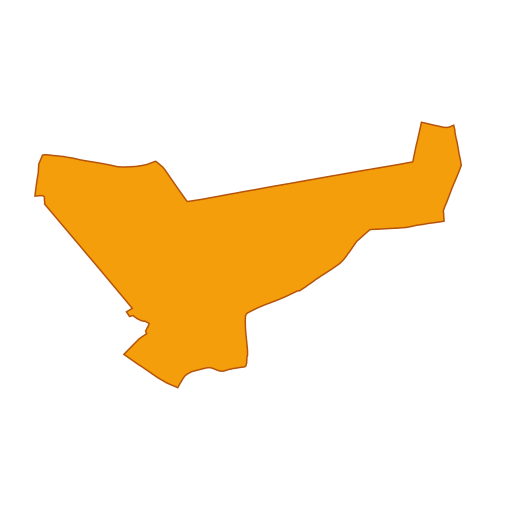 outline of Tan Chau, An Giang, Vietnam, rotated 84°
{"feature_id": "81297802B24408052099516", "entity_name": "Tan Chau", "entity_type": "district", "adm_level": 2, "iso_a3": "VNM", "parent_name": "Vietnam", "parent_adm1": "An Giang", "projection": "robinson", "projection_center": [105.189, 10.814], "detail": "fine", "context": "isolated", "style": "filled", "palette": "amber", "viewbox_px": 512, "rotation_deg": 84, "n_neighbors": 0, "source": "geoboundaries", "source_scale": "gbopen_adm2", "svg_char_len": 3219}
<svg xmlns="http://www.w3.org/2000/svg" viewBox="0 0 512 512"><g transform="rotate(84 256 256)"><path d="M133.4,457.8L142.0,462.5L150.2,463.8L158.2,466.0L166.3,468.0L173.3,469.6L173.5,462.5L173.7,462.1L174.3,461.1L174.6,460.8L175.3,460.3L176.0,460.3L177.2,460.5L178.4,460.6L180.8,460.5L181.9,460.8L182.6,460.6L205.8,444.8L222.3,433.6L257.1,410.0L295.1,384.5L298.0,390.7L302.9,388.1L303.0,387.9L302.5,385.6L302.4,384.8L302.4,384.4L303.5,383.4L305.0,381.7L305.8,380.9L307.3,378.5L308.3,376.9L308.7,375.6L309.2,374.3L309.1,373.7L309.3,373.1L310.6,371.3L311.7,369.6L311.9,369.4L312.4,369.4L313.8,370.2L314.3,370.6L314.7,370.8L315.3,371.0L315.6,371.0L315.8,371.3L316.0,371.7L316.3,372.0L317.1,372.3L317.9,372.8L318.4,373.2L318.8,373.6L319.9,373.5L320.4,373.3L321.8,372.8L325.0,378.9L326.2,380.9L331.1,386.9L340.0,397.7L351.3,384.7L353.4,382.1L353.8,381.5L366.6,366.6L373.1,357.8L378.2,348.6L378.8,347.6L377.4,346.7L374.9,344.9L373.0,343.5L370.1,341.3L368.0,339.4L366.3,336.9L364.3,332.1L363.3,325.4L362.1,317.0L362.1,314.0L363.0,311.2L364.6,308.1L366.5,304.5L367.0,301.6L367.0,299.7L365.9,294.4L365.9,292.6L365.5,290.4L365.5,288.3L365.2,283.8L365.1,279.6L364.7,278.1L363.9,277.4L363.5,277.3L362.2,276.9L361.5,276.4L359.4,276.3L358.5,275.9L357.3,275.9L356.7,275.8L356.3,275.8L353.8,274.8L349.0,274.3L339.6,274.2L331.5,274.2L328.4,274.1L324.6,273.9L318.9,273.4L314.5,272.7L312.6,271.6L311.7,270.2L310.6,267.5L307.7,259.7L305.5,252.4L302.0,239.1L299.8,231.9L299.5,230.9L295.1,218.5L295.1,216.2L291.6,209.4L290.7,208.0L287.6,202.3L285.9,199.5L283.4,194.6L282.6,193.3L280.4,188.8L279.7,187.5L276.5,181.2L274.0,176.7L272.0,173.2L268.6,169.1L265.0,165.6L263.7,164.7L261.5,162.5L257.4,159.0L251.7,154.1L250.7,152.5L249.3,150.6L245.8,145.8L241.7,139.9L241.7,138.4L241.7,138.2L242.1,131.6L242.4,124.8L242.7,118.5L243.1,111.9L243.1,109.4L243.3,104.3L243.1,100.8L242.7,96.6L242.3,93.9L242.1,89.9L242.1,87.3L241.7,82.5L241.6,80.3L241.5,75.0L241.4,73.2L241.2,67.6L241.0,65.3L230.4,64.9L226.3,62.9L222.4,60.7L211.5,55.2L208.1,53.5L197.1,47.4L193.1,45.3L187.4,42.4L181.4,42.7L176.4,43.3L167.0,43.9L163.9,44.1L159.8,44.7L156.4,45.0L153.7,45.2L150.8,45.1L149.3,45.4L146.6,45.7L147.1,47.5L147.8,49.4L148.0,50.6L148.1,52.3L148.0,53.5L147.7,55.6L146.3,59.8L144.2,66.2L143.0,69.6L141.4,74.2L140.3,77.5L146.2,79.4L150.9,81.0L158.9,83.7L160.7,84.4L163.9,85.5L166.4,86.3L178.4,90.1L178.8,90.6L179.9,104.5L182.4,144.4L188.2,226.9L188.4,230.6L188.6,232.9L188.9,237.2L189.2,240.6L189.4,243.5L189.6,245.8L189.9,249.7L190.1,252.4L190.3,256.0L190.5,258.6L190.6,260.2L190.8,263.0L191.1,266.6L191.4,269.7L191.5,272.0L191.7,274.7L191.9,277.9L192.1,279.6L192.2,281.6L192.4,283.6L192.6,285.7L192.9,289.9L193.2,293.6L193.3,295.9L193.6,299.0L193.9,302.8L194.1,306.5L194.5,314.5L194.6,316.5L194.6,318.7L192.7,319.9L181.9,326.0L171.5,331.7L168.1,333.6L161.0,337.4L157.9,339.4L154.4,342.7L151.3,345.8L151.7,347.7L153.2,353.3L153.7,355.8L154.1,360.2L154.4,365.9L154.1,372.0L153.7,378.0L153.5,379.8L152.7,384.6L150.6,390.7L149.3,394.9L147.4,401.3L145.6,407.7L143.9,414.1L142.0,420.8L139.4,428.2L137.9,433.9L137.0,436.8L136.0,441.6L135.2,445.5L134.9,447.0L134.2,450.1L133.3,454.3L133.2,456.9L133.4,457.8Z" fill="#f59e0b" stroke="#b45309" stroke-width="1.5"/></g></svg>